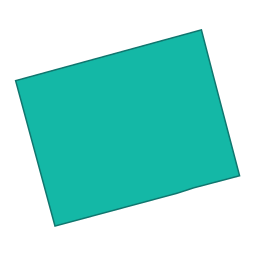 the district of Hanson, South Dakota, United States of America, rotated 75°
{"feature_id": "52423323B35653525387380", "entity_name": "Hanson", "entity_type": "district", "adm_level": 2, "iso_a3": "USA", "parent_name": "United States of America", "parent_adm1": "South Dakota", "projection": "equal_earth", "projection_center": [-97.772, 43.675], "detail": "fine", "context": "isolated", "style": "filled", "palette": "teal", "viewbox_px": 256, "rotation_deg": 75, "n_neighbors": 0, "source": "geoboundaries", "source_scale": "gbopen_adm2", "svg_char_len": 258}
<svg xmlns="http://www.w3.org/2000/svg" viewBox="0 0 256 256"><g transform="rotate(75 128 128)"><path d="M53.2,224.3L203.8,223.9L203.7,97.0L202.8,79.9L203.0,32.6L101.0,32.1L52.2,31.7L53.2,224.3Z" fill="#14b8a6" stroke="#0f766e" stroke-width="1.5"/></g></svg>